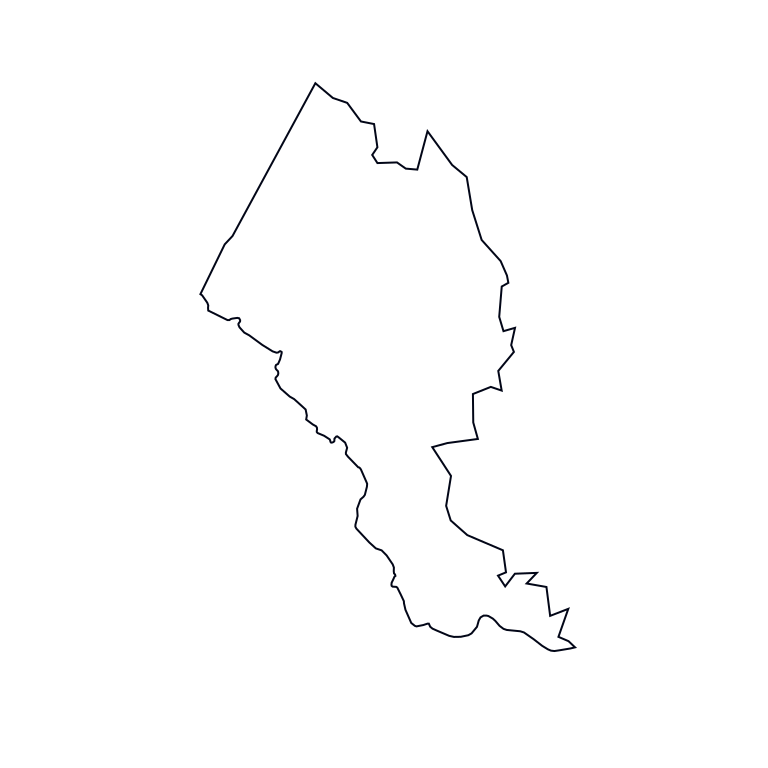 Jasper, South Carolina, United States of America (Equal Earth projection), rotated 343°
{"feature_id": "52423323B27439582532785", "entity_name": "Jasper", "entity_type": "district", "adm_level": 2, "iso_a3": "USA", "parent_name": "United States of America", "parent_adm1": "South Carolina", "projection": "equal_earth", "projection_center": [-81.085, 32.394], "detail": "fine", "context": "isolated", "style": "outline", "palette": "ink", "viewbox_px": 768, "rotation_deg": 343, "n_neighbors": 0, "source": "geoboundaries", "source_scale": "gbopen_adm2", "svg_char_len": 2672}
<svg xmlns="http://www.w3.org/2000/svg" viewBox="0 0 768 768"><g transform="rotate(343 384 384)"><path d="M234.7,244.4L236.0,246.0L238.6,254.1L238.8,254.9L238.9,257.5L238.0,259.7L237.4,262.4L253.0,277.1L254.9,277.7L256.2,277.1L258.0,277.1L263.1,277.9L264.7,278.8L265.1,280.9L264.6,282.2L263.4,283.0L262.3,284.0L262.1,285.1L262.4,287.6L265.4,294.0L269.3,298.0L279.0,311.0L287.0,320.2L290.3,322.6L291.9,322.9L293.9,322.2L294.6,322.4L295.5,323.5L295.2,324.5L291.7,330.2L288.6,333.8L286.4,334.2L285.5,335.2L285.0,336.5L285.0,338.0L285.6,339.4L286.3,340.7L286.3,341.6L286.0,343.0L285.3,344.3L284.1,345.2L282.3,346.2L281.6,347.6L283.7,358.0L290.2,368.5L293.6,372.1L299.2,381.4L301.6,385.5L301.0,391.6L299.2,395.2L299.7,395.9L304.1,401.9L306.7,404.6L307.1,406.2L306.7,407.9L305.9,409.4L305.7,410.3L306.2,411.5L311.6,416.0L315.9,421.1L316.0,422.2L315.9,423.6L316.1,424.3L316.3,424.6L316.6,424.7L317.0,424.8L317.8,424.8L318.8,424.7L319.8,424.1L320.1,423.3L320.7,421.7L323.0,420.3L324.0,420.4L325.0,421.7L329.7,428.7L330.1,434.2L327.5,438.4L327.1,439.9L328.3,443.0L335.0,456.1L335.9,456.6L336.6,457.8L337.0,459.4L338.6,473.0L338.7,474.6L337.6,477.3L333.3,484.4L331.5,485.8L327.8,487.5L321.8,495.4L320.2,502.5L315.5,510.3L314.9,512.1L315.3,514.2L316.9,517.5L321.4,526.7L323.6,531.2L327.7,538.1L328.1,538.8L333.1,542.4L336.4,548.7L339.6,559.1L339.8,562.4L338.6,565.9L338.2,568.1L338.9,569.4L338.8,570.9L337.7,571.3L335.6,573.7L333.2,576.3L332.4,578.2L332.3,579.3L333.0,580.3L336.4,581.6L337.2,582.6L338.2,588.7L338.4,589.8L339.5,597.5L339.0,599.5L338.5,606.2L340.2,620.5L342.8,624.3L344.2,625.3L351.1,626.0L355.6,625.9L356.8,626.3L357.2,629.6L358.9,632.2L359.4,632.6L362.0,634.9L372.7,643.9L376.9,646.3L383.5,648.2L391.2,648.9L394.8,648.1L401.9,643.4L402.9,641.9L405.5,637.8L408.1,635.4L411.5,634.6L414.4,635.5L416.0,636.4L419.5,640.2L421.2,643.1L423.8,649.1L426.7,653.1L429.5,655.1L442.0,660.3L445.2,662.5L452.5,671.8L458.7,680.6L463.1,685.6L465.7,687.8L468.9,689.2L473.5,689.9L484.9,691.4L489.7,691.7L485.3,683.9L476.9,676.8L494.5,652.9L475.1,654.3L480.0,625.6L462.1,616.5L474.9,609.3L453.7,603.7L440.7,613.0L437.0,600.6L445.6,599.8L449.1,577.8L419.5,552.9L407.9,534.0L407.8,518.7L421.2,491.5L411.7,458.5L427.3,459.0L457.7,464.0L458.1,446.9L466.1,419.6L485.3,418.0L494.6,424.7L497.1,404.9L517.6,391.3L517.0,384.0L525.7,368.6L513.7,368.4L513.8,353.5L525.1,325.2L532.5,323.6L533.3,316.2L531.5,300.6L519.5,274.8L519.2,243.5L523.6,210.3L513.2,194.5L499.5,155.0L478.5,188.7L467.8,184.4L461.2,175.9L442.3,170.8L439.7,161.5L446.9,155.7L450.5,132.5L438.7,126.2L431.0,104.4L418.7,95.5L406.3,76.3L282.4,198.2L272.5,203.9L234.7,244.4Z" fill="none" stroke="#020617" stroke-width="2"/></g></svg>